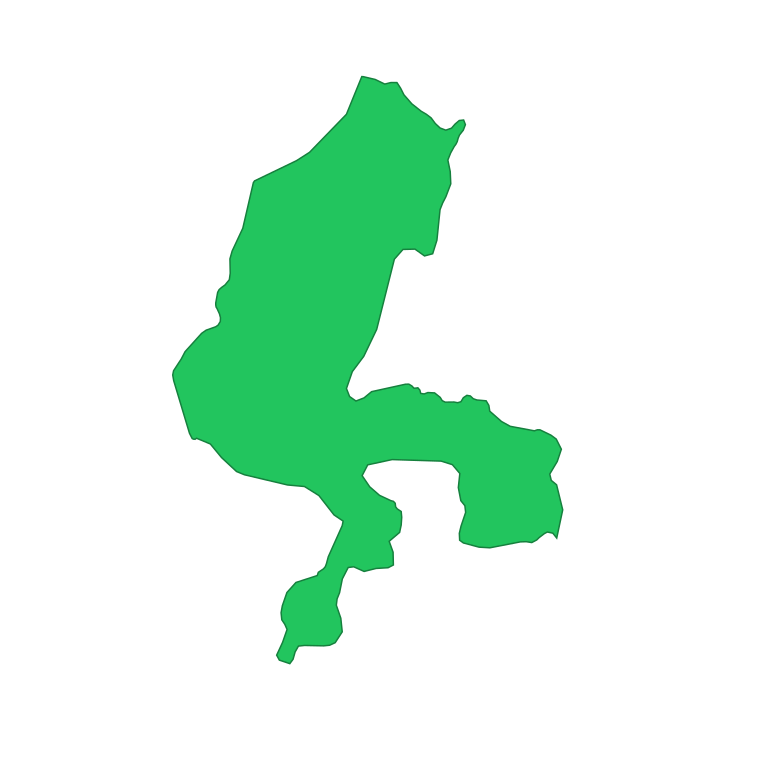 an SVG outline of Kebbi, rotated 15°
{"feature_id": "NGA-2879", "entity_name": "Kebbi", "entity_type": "State", "adm_level": 1, "iso_a3": "NGA", "parent_name": "Nigeria", "parent_adm1": "", "projection": "natural_earth1", "projection_center": [4.708, 11.664], "detail": "fine", "context": "isolated", "style": "filled", "palette": "green", "viewbox_px": 768, "rotation_deg": 15, "n_neighbors": 0, "source": "natural_earth", "source_scale": "10m", "svg_char_len": 2658}
<svg xmlns="http://www.w3.org/2000/svg" viewBox="0 0 768 768"><g transform="rotate(15 384 384)"><path d="M214.1,486.6L212.8,486.3L208.9,482.0L180.0,435.2L177.6,430.0L177.3,425.7L180.6,415.6L181.6,412.7L183.5,404.2L194.7,382.3L198.3,378.0L206.6,372.3L208.5,370.1L209.7,366.0L208.9,362.3L206.9,358.8L203.1,354.2L202.5,353.7L201.9,353.1L201.0,351.1L200.5,349.2L199.6,338.5L200.3,335.5L202.1,332.8L204.8,329.5L207.6,323.3L206.8,316.8L202.8,303.0L202.9,294.9L207.3,270.1L205.7,223.3L206.4,221.3L241.7,190.9L252.1,179.5L277.9,133.2L283.0,92.8L284.4,92.5L296.7,92.1L307.1,94.1L312.7,91.0L318.5,89.5L323.5,94.0L328.4,99.5L338.4,106.2L349.3,110.9L355.1,112.5L360.7,114.8L366.1,119.1L371.9,122.2L378.0,122.8L383.0,119.4L385.4,114.5L388.5,110.0L392.6,108.4L395.5,112.4L394.9,118.3L392.5,123.9L392.0,127.3L392.0,130.9L391.4,133.8L390.4,136.3L388.6,143.5L387.7,151.1L393.0,161.7L396.7,173.4L395.3,187.1L393.8,194.0L393.0,201.1L397.9,231.4L397.3,245.6L390.0,249.8L379.0,245.7L367.5,249.1L361.7,260.8L362.8,333.2L357.3,362.5L350.2,380.2L348.9,398.1L354.0,405.0L361.3,407.7L368.3,402.6L374.0,394.6L404.7,378.7L408.0,377.7L411.5,378.7L414.0,380.3L415.9,379.7L417.7,378.9L420.2,380.6L421.9,383.6L425.4,383.2L428.6,380.9L435.2,379.5L441.8,382.4L444.5,385.0L447.8,385.7L456.3,383.3L460.0,383.0L462.9,381.2L464.2,376.7L467.0,373.5L470.5,373.2L474.0,375.1L477.8,375.4L487.0,373.8L490.8,377.5L493.2,382.9L507.2,389.8L516.8,392.2L541.4,390.3L543.9,388.6L546.5,387.9L558.5,390.2L564.6,392.6L572.2,401.1L571.4,414.0L567.4,428.1L570.5,433.8L576.8,436.7L589.2,459.3L590.7,488.1L585.7,484.4L580.1,484.7L577.7,486.9L573.6,492.2L571.9,495.1L567.8,498.9L562.2,499.5L556.6,501.2L528.7,514.8L518.0,517.0L501.8,517.0L497.5,515.3L495.4,508.7L495.2,501.3L496.1,486.9L493.6,480.6L488.4,476.8L482.6,464.8L480.4,450.8L470.9,444.2L459.1,443.7L411.4,454.9L389.2,466.3L386.6,478.2L396.8,487.0L408.5,492.7L420.8,494.9L423.5,494.9L425.7,496.3L427.0,499.6L429.1,501.2L433.6,502.7L435.6,508.1L437.1,515.7L437.5,523.3L429.7,534.6L436.3,544.1L439.9,556.4L435.5,560.4L424.1,564.2L413.3,570.2L402.1,568.4L396.9,570.5L394.2,583.0L395.1,597.1L394.3,603.7L395.2,610.0L402.9,621.4L407.8,634.2L403.8,646.5L399.1,650.4L393.6,652.5L374.9,657.1L369.2,659.3L367.5,665.8L367.4,673.4L365.4,678.5L354.4,677.8L350.5,673.7L352.9,659.8L353.9,646.2L350.4,641.8L346.3,638.2L343.8,631.6L343.2,624.5L344.2,610.5L350.3,598.5L369.1,586.3L369.3,582.9L373.4,578.2L374.6,575.6L374.9,572.4L374.9,565.3L380.3,531.7L380.0,527.0L369.6,523.4L350.0,508.6L333.7,503.6L316.9,506.5L272.7,507.8L264.2,506.7L246.1,497.1L231.8,486.9L217.0,484.9L215.8,486.3L215.6,486.3L214.1,486.6Z" fill="#22c55e" stroke="#15803d" stroke-width="1.5"/></g></svg>